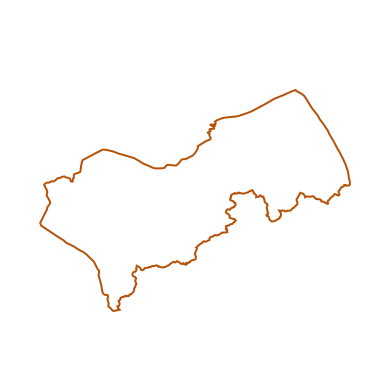 the district of Boon Neua, Phôngsali, Laos, rotated 245°
{"feature_id": "54806243B32733384276808", "entity_name": "Boon Neua", "entity_type": "district", "adm_level": 2, "iso_a3": "LAO", "parent_name": "Laos", "parent_adm1": "Phôngsali", "projection": "natural_earth1", "projection_center": [101.793, 21.686], "detail": "fine", "context": "isolated", "style": "outline", "palette": "amber", "viewbox_px": 384, "rotation_deg": 245, "n_neighbors": 0, "source": "geoboundaries", "source_scale": "gbopen_adm2", "svg_char_len": 6072}
<svg xmlns="http://www.w3.org/2000/svg" viewBox="0 0 384 384"><g transform="rotate(245 192 192)"><path d="M228.2,41.4L225.2,41.1L208.3,51.4L202.3,55.3L199.6,56.3L192.8,61.7L187.4,65.1L183.1,68.4L179.8,70.0L170.5,73.6L161.7,73.9L160.1,74.5L158.5,73.9L156.3,72.2L146.7,70.6L139.8,68.7L138.0,68.5L136.4,68.9L135.2,70.2L134.1,72.0L132.7,71.7L130.5,70.0L126.3,69.4L123.6,67.8L120.8,69.3L118.0,69.9L117.2,70.9L115.9,76.6L117.9,75.9L119.9,76.1L119.4,77.1L120.1,78.2L120.8,78.8L122.4,79.5L124.4,79.5L124.8,81.4L125.3,82.0L126.2,82.3L126.3,84.3L125.7,86.2L126.3,87.2L125.2,88.6L125.3,89.4L124.5,90.0L124.5,90.6L124.7,91.4L125.5,92.1L125.0,93.0L125.1,93.4L125.4,94.2L125.6,95.4L126.6,97.2L127.7,98.4L129.0,98.7L129.6,99.6L129.7,100.3L131.3,101.3L132.0,102.6L134.4,103.0L135.3,102.8L137.5,104.9L139.3,104.4L140.4,103.1L141.5,102.9L142.7,103.3L143.5,104.0L144.0,105.0L144.2,105.8L143.7,107.0L144.0,107.8L145.3,109.0L146.3,109.1L148.5,110.7L145.8,112.7L143.8,113.1L142.8,113.0L142.1,114.1L142.0,114.9L142.3,115.8L142.8,116.5L143.0,117.3L142.7,118.0L142.6,118.7L142.1,119.4L142.1,120.8L141.9,121.9L141.4,122.6L141.8,124.0L141.3,125.9L140.9,126.6L140.5,128.9L139.7,129.8L138.4,129.9L138.4,130.9L137.3,131.6L135.8,133.9L135.7,135.3L135.3,136.2L135.6,138.6L135.5,139.6L135.3,140.1L135.9,141.2L136.5,144.4L136.5,146.1L135.6,146.6L135.1,147.3L135.6,149.2L134.3,150.4L133.6,150.6L132.8,151.3L131.5,151.7L131.1,152.5L131.2,153.9L129.9,154.0L128.6,156.1L128.9,156.4L130.0,156.2L130.1,156.4L130.0,157.6L129.2,158.0L129.6,159.1L129.2,159.9L129.2,160.4L130.0,161.2L130.1,161.7L130.0,163.8L129.6,164.5L129.6,166.8L131.5,168.2L133.4,168.4L134.5,168.2L137.3,171.1L137.7,171.8L138.9,172.6L139.7,172.4L139.6,173.0L140.0,173.2L140.6,174.0L140.8,174.6L140.7,175.3L141.2,176.0L141.3,177.5L141.6,178.8L141.7,179.9L142.4,181.9L142.1,182.4L141.5,182.8L141.0,184.2L141.3,186.6L141.1,187.6L142.6,188.3L142.9,189.1L143.5,190.0L142.7,192.1L143.3,193.0L143.1,193.5L143.3,194.5L142.2,196.0L142.2,197.2L141.8,198.6L141.8,199.4L142.6,201.9L142.0,202.8L141.6,204.4L141.1,205.5L140.8,207.0L141.3,207.0L143.0,208.0L143.8,207.0L144.3,207.1L145.5,208.3L146.5,208.2L146.7,208.3L146.6,209.6L146.1,211.8L146.5,213.3L146.0,215.2L146.8,216.6L147.0,218.1L147.7,219.6L148.5,219.0L149.6,219.1L150.6,217.4L153.0,215.1L154.3,216.1L155.8,216.0L156.6,215.5L157.3,215.3L158.0,214.5L159.5,214.1L159.9,214.7L160.6,215.1L161.3,216.7L161.2,217.3L160.0,218.4L160.5,220.3L160.9,220.9L160.6,222.3L160.8,222.9L160.6,224.1L161.3,224.5L161.4,225.4L161.9,226.1L162.7,226.4L163.2,226.4L163.9,226.7L164.6,225.6L166.1,225.6L167.6,224.0L168.7,223.3L169.8,223.7L170.3,224.9L171.2,224.9L171.9,225.8L172.8,226.3L172.8,228.9L172.6,229.3L173.0,230.4L172.7,230.7L171.7,231.3L171.6,232.3L172.0,233.4L171.9,233.8L171.6,234.3L170.7,234.6L170.2,236.1L169.3,237.0L168.7,238.2L168.0,242.8L168.4,244.2L168.1,245.1L168.2,246.4L168.1,247.5L165.7,247.8L164.9,247.3L164.4,248.0L163.7,248.0L163.0,248.5L162.2,248.7L161.0,248.6L160.3,248.1L160.3,248.7L159.6,249.8L159.7,250.6L159.5,251.2L160.1,252.4L159.5,253.0L158.3,253.2L157.7,254.6L156.9,254.3L155.1,254.7L154.7,254.2L152.9,254.0L152.0,253.6L150.7,254.5L150.1,254.5L149.7,254.9L148.9,254.7L148.0,254.9L147.3,253.9L146.2,253.0L145.4,253.1L144.2,252.6L142.7,252.5L142.1,252.0L141.2,251.8L140.5,252.1L140.0,251.4L139.8,249.9L139.6,249.8L138.6,249.8L138.3,250.7L137.9,250.9L133.9,250.7L131.7,251.7L131.3,252.6L130.7,254.8L131.1,258.6L131.0,259.4L131.4,259.9L131.4,260.5L132.2,260.9L132.2,261.8L134.0,263.1L135.1,263.6L138.3,263.2L137.2,264.8L137.2,265.9L136.5,267.2L135.0,268.3L134.6,269.5L134.8,270.0L134.6,271.0L133.6,272.9L133.8,274.6L134.8,276.2L134.6,277.7L135.8,279.9L135.7,280.6L135.8,281.2L136.6,282.4L137.4,283.0L139.6,283.1L141.2,283.7L142.0,284.9L142.1,285.5L142.8,285.9L143.5,287.3L144.5,288.2L144.7,289.1L145.5,289.7L144.6,290.6L143.7,292.0L140.7,292.6L139.4,292.3L139.5,294.2L138.8,295.1L138.7,295.8L137.5,297.3L137.5,298.7L137.0,299.8L136.3,300.2L135.9,300.8L134.1,301.1L133.0,301.6L133.0,302.2L132.5,302.8L132.3,303.6L131.4,304.3L131.0,305.1L130.0,305.5L128.9,305.2L128.5,305.4L127.7,307.1L125.1,308.7L124.4,309.3L124.0,310.2L125.0,310.7L126.0,310.7L126.9,312.3L127.0,313.2L127.9,314.5L128.1,316.0L128.7,317.0L128.6,318.2L129.9,320.0L129.5,321.0L128.9,321.5L128.5,321.6L128.3,322.0L127.1,323.0L127.0,324.1L127.9,324.8L128.9,324.6L130.9,325.1L131.5,327.0L133.1,328.9L133.1,329.5L132.9,330.4L133.2,331.1L133.1,332.2L134.1,333.0L133.3,334.3L132.3,334.6L132.3,335.7L131.5,337.2L132.1,338.3L133.6,339.0L135.0,339.5L137.5,339.9L144.4,342.0L152.3,342.8L156.9,342.9L167.3,342.5L169.6,342.1L176.1,341.9L186.1,341.0L190.3,341.0L198.2,339.8L203.5,338.6L208.3,338.3L217.2,336.2L231.5,334.4L233.0,333.7L236.0,331.9L239.5,329.2L240.7,329.0L241.1,324.3L241.2,315.6L241.7,306.4L240.7,294.6L239.9,279.4L240.3,274.5L241.1,267.2L241.9,263.5L245.0,254.9L246.2,250.5L246.5,244.8L246.2,242.9L245.9,243.1L244.6,242.6L244.3,241.4L243.3,241.8L242.3,240.6L242.5,240.2L243.9,239.6L244.1,239.3L244.2,238.2L244.9,238.2L245.2,238.0L245.1,237.2L244.6,237.2L242.2,239.1L240.6,239.2L240.1,238.7L240.6,237.6L240.6,236.7L241.1,236.0L241.5,234.7L241.0,234.2L239.5,234.5L239.1,234.3L239.1,233.8L239.4,233.3L239.2,231.5L238.6,231.5L237.6,232.2L237.1,232.4L235.7,231.6L233.1,231.8L232.7,231.2L232.2,231.0L232.0,230.4L232.2,225.9L231.1,216.6L228.9,215.6L225.9,211.1L224.7,208.0L224.5,200.1L225.7,197.2L225.6,195.8L223.8,192.7L222.7,189.1L223.2,187.7L226.4,182.5L227.0,180.9L226.6,179.5L225.7,177.8L225.7,176.4L226.4,174.3L228.5,169.5L229.7,167.6L238.4,159.8L247.0,154.1L257.6,142.0L262.3,137.4L266.6,131.9L268.1,129.0L267.9,121.2L267.1,106.2L264.9,104.2L257.5,99.3L257.4,97.4L257.8,94.8L257.8,92.6L256.6,91.6L254.8,91.0L254.5,90.6L254.6,90.0L254.1,89.4L251.9,88.2L251.9,87.8L252.7,86.8L255.8,86.9L256.9,86.0L258.8,83.6L260.0,83.0L260.7,80.6L260.5,78.4L261.3,76.1L260.3,72.9L260.1,71.5L260.5,70.0L261.1,69.4L260.9,66.3L261.5,65.4L261.8,63.8L261.5,61.9L261.0,61.0L257.8,61.0L255.8,61.3L253.2,60.9L250.6,59.0L249.7,58.7L248.0,59.0L242.6,59.2L241.3,58.1L239.6,54.9L237.2,52.8L228.2,41.4Z" fill="none" stroke="#b45309" stroke-width="2"/></g></svg>